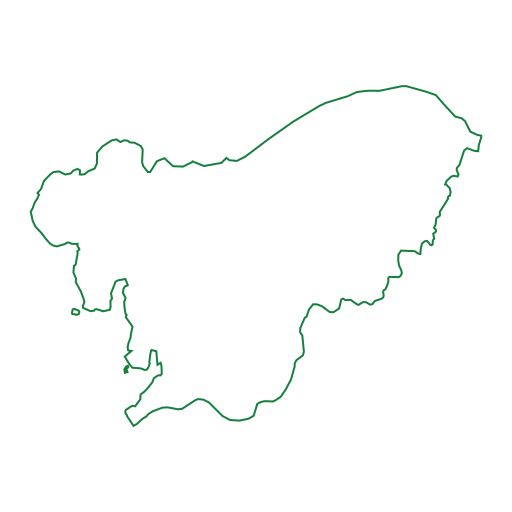 outline of Forecariah, Forécariah, Guinea
{"feature_id": "49546643B90846257605457", "entity_name": "Forecariah", "entity_type": "district", "adm_level": 2, "iso_a3": "GIN", "parent_name": "Guinea", "parent_adm1": "Forécariah", "projection": "albers", "projection_center": [-13.107, 9.386], "detail": "fine", "context": "isolated", "style": "outline", "palette": "green", "viewbox_px": 512, "rotation_deg": 0, "n_neighbors": 0, "source": "geoboundaries", "source_scale": "gbopen_adm2", "svg_char_len": 3810}
<svg xmlns="http://www.w3.org/2000/svg" viewBox="0 0 512 512"><path d="M37.5,193.0L39.0,194.7L37.1,199.0L35.0,201.9L32.4,208.9L30.7,211.5L32.7,220.9L35.5,226.7L42.1,233.7L45.7,238.7L50.3,243.8L53.3,245.6L56.9,246.4L65.4,243.9L66.7,242.7L68.9,242.5L72.0,243.9L77.6,243.9L77.4,245.6L78.9,248.4L79.0,248.4L79.4,249.4L77.3,251.3L77.6,253.6L75.6,264.8L74.0,265.8L73.4,272.5L76.0,278.5L75.8,282.2L80.8,291.3L83.5,298.5L84.4,302.3L83.3,304.9L82.8,306.2L83.0,307.8L90.5,311.2L94.0,310.7L94.9,309.5L96.5,309.1L103.2,311.3L109.8,309.8L110.6,306.9L110.4,301.0L112.0,298.6L111.0,293.4L115.6,281.6L118.2,280.3L125.4,279.0L126.4,281.5L127.8,285.3L127.7,285.4L125.0,286.4L123.6,288.5L122.9,292.7L125.6,298.1L124.2,302.0L124.5,307.7L125.6,314.0L126.6,314.9L125.8,317.1L132.5,326.7L132.2,328.0L130.8,334.8L130.7,337.2L128.4,343.4L127.6,347.6L128.2,350.4L129.4,350.7L131.4,351.0L124.8,356.5L127.3,360.9L129.9,364.9L132.4,367.7L141.0,368.4L144.4,369.9L146.7,369.7L148.3,367.6L149.8,363.3L149.3,362.2L150.5,353.0L151.5,350.0L155.3,351.0L156.3,351.3L157.5,364.8L160.6,362.8L161.5,366.1L161.5,366.5L161.8,373.7L160.4,375.4L158.2,375.3L153.9,378.2L152.3,382.3L148.9,386.7L144.6,391.5L140.6,394.4L140.3,399.4L135.1,406.3L132.1,405.8L125.9,409.9L125.3,411.5L125.5,413.2L126.9,415.3L126.9,415.9L133.5,425.9L136.9,423.9L142.7,418.6L146.2,416.6L148.6,413.9L152.7,411.3L162.5,407.6L167.9,407.4L177.9,409.3L182.1,408.8L191.0,403.0L195.3,400.2L197.9,399.1L203.2,399.6L208.8,402.3L222.5,416.0L230.0,420.0L239.6,420.6L243.9,419.7L248.4,418.8L253.7,415.7L257.3,403.9L260.8,402.0L264.4,401.2L266.1,401.2L272.9,401.5L276.1,399.9L280.8,396.7L285.9,389.2L287.7,385.7L291.0,379.6L294.6,366.7L294.7,363.6L296.2,360.4L302.9,355.3L303.9,351.6L302.3,335.5L300.1,332.3L300.3,328.1L304.7,317.9L306.6,316.6L308.9,309.7L309.8,308.5L313.1,304.3L317.2,304.4L322.0,306.3L329.6,311.9L333.3,312.3L339.1,308.5L341.3,299.4L343.0,298.6L345.3,300.1L350.6,299.8L356.6,304.1L358.5,304.9L361.6,303.0L363.0,302.1L366.0,302.2L369.8,304.4L370.2,304.6L372.3,304.2L374.9,300.9L381.0,299.0L383.2,297.4L383.7,295.8L383.1,291.6L383.9,290.0L385.3,289.5L387.0,286.0L388.4,281.4L388.3,278.2L389.2,276.9L398.9,277.1L400.6,275.8L401.8,273.5L401.4,270.6L399.0,265.4L398.2,260.2L398.4,254.6L401.1,250.6L414.7,251.2L418.2,253.6L420.4,254.0L420.8,248.2L422.0,243.6L424.6,241.3L427.0,240.9L430.5,245.0L431.6,245.3L432.6,244.4L432.7,242.9L432.9,240.2L434.2,238.6L433.2,233.8L435.9,231.7L435.9,229.9L434.0,227.9L435.7,224.2L436.1,219.6L436.6,217.8L439.4,216.2L440.0,215.1L439.7,212.0L448.0,198.9L447.9,197.5L448.8,196.0L449.9,195.7L450.4,193.1L450.6,191.9L449.7,188.1L446.1,184.5L445.2,184.4L446.6,180.9L451.2,176.6L453.0,176.0L453.6,175.8L457.7,176.5L458.5,174.4L456.7,170.2L456.8,168.1L459.5,164.8L462.8,154.5L464.1,150.6L467.1,148.2L474.2,150.8L478.2,151.2L478.8,145.1L481.3,137.1L481.2,135.6L477.5,135.0L470.3,131.7L465.0,121.1L461.5,118.2L455.2,116.6L443.4,103.8L435.9,95.1L425.4,91.5L406.0,86.1L401.7,86.2L379.5,90.8L368.2,90.7L356.9,92.0L347.8,96.2L326.0,102.8L318.9,106.2L293.3,121.6L268.6,139.0L245.3,156.6L236.9,160.9L229.3,160.2L226.5,157.9L221.4,162.9L204.0,166.0L192.5,161.4L191.8,162.3L183.0,166.6L173.0,166.2L164.4,158.2L156.9,161.2L150.3,171.9L147.9,172.1L143.2,166.1L142.1,162.2L142.7,149.4L140.8,146.0L134.5,142.7L129.9,142.4L127.6,140.7L124.2,140.3L120.4,142.0L116.4,139.4L111.7,140.4L102.3,146.5L97.1,152.6L96.9,163.7L94.6,168.6L88.4,171.1L84.6,174.2L81.4,174.6L79.8,174.4L80.0,170.3L77.5,168.9L73.3,170.6L70.6,173.5L65.4,174.5L59.0,171.4L53.4,172.1L50.5,174.2L44.0,180.8L41.0,189.1L37.5,193.0ZM79.4,312.0L78.8,310.7L74.4,309.0L72.7,309.3L71.9,313.1L72.4,314.1L74.7,314.1L75.6,314.8L78.6,314.3L79.4,312.0ZM127.5,372.1L127.3,371.0L125.6,370.3L128.3,367.1L127.7,365.8L126.0,366.6L124.3,369.5L124.9,372.8L127.5,372.1Z" fill="none" stroke="#15803d" stroke-width="2"/></svg>